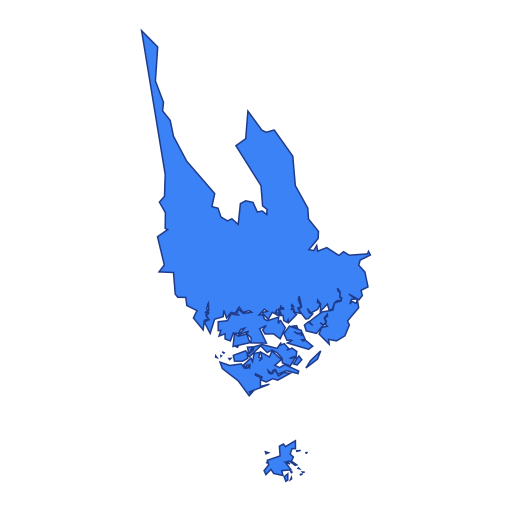 the district of David, Chiriquí, Panama
{"feature_id": "35544464B4717226524239", "entity_name": "David", "entity_type": "district", "adm_level": 2, "iso_a3": "PAN", "parent_name": "Panama", "parent_adm1": "Chiriquí", "projection": "mercator", "projection_center": [-82.37, 8.424], "detail": "fine", "context": "isolated", "style": "filled", "palette": "blue", "viewbox_px": 512, "rotation_deg": 0, "n_neighbors": 0, "source": "geoboundaries", "source_scale": "gbopen_adm2", "svg_char_len": 6154}
<svg xmlns="http://www.w3.org/2000/svg" viewBox="0 0 512 512"><path d="M193.4,318.0L203.2,329.9L204.2,320.9L205.3,319.8L208.5,319.8L205.8,315.2L206.5,314.3L207.9,313.9L208.4,312.8L206.0,312.7L205.5,312.3L208.5,310.5L206.8,309.3L206.6,308.4L206.8,307.5L207.8,306.4L207.5,304.8L208.4,303.2L208.6,310.6L205.8,312.4L208.0,312.2L208.6,312.9L208.1,314.0L206.1,315.3L209.1,319.6L204.3,322.1L210.2,333.4L214.6,319.2L223.2,316.7L223.8,310.4L226.6,318.1L231.0,312.4L235.2,313.1L239.2,307.1L242.9,312.4L248.5,310.7L251.2,311.7L251.8,312.3L243.2,313.4L238.2,308.9L236.6,314.5L239.5,315.2L230.9,314.0L227.5,320.7L218.2,321.7L218.2,330.6L220.9,330.4L219.0,336.1L225.0,333.8L225.1,339.0L230.4,340.9L233.3,332.9L238.3,333.5L240.8,329.3L244.6,328.2L239.0,334.5L248.8,331.2L246.4,333.1L251.2,337.9L250.9,342.9L266.4,343.1L259.6,328.8L266.3,325.5L262.6,330.0L265.1,334.0L273.6,333.9L280.2,338.8L285.3,327.7L280.6,320.5L279.2,321.2L278.8,322.9L278.2,322.9L278.7,317.1L267.4,320.7L264.5,319.2L262.8,314.8L259.0,315.0L264.3,309.2L267.4,311.4L261.8,312.6L268.2,319.3L272.3,312.3L277.7,315.2L275.1,313.1L277.3,309.1L275.4,313.1L280.3,313.0L278.8,310.6L279.0,308.9L283.4,308.8L282.8,307.8L281.6,308.8L280.5,307.9L280.9,305.2L280.7,307.9L283.0,307.7L283.6,309.0L279.1,309.3L280.6,312.8L278.4,314.9L282.0,314.2L279.9,315.5L283.1,315.6L283.7,320.5L287.2,322.5L288.1,319.9L288.7,322.6L296.6,314.5L293.7,312.0L293.6,309.3L291.9,309.6L291.3,309.2L293.4,306.6L291.7,306.3L291.5,305.5L291.9,304.6L293.6,306.6L291.8,309.1L294.0,309.2L294.2,312.0L300.5,313.4L297.7,308.1L301.3,306.5L299.3,302.6L298.4,299.3L299.2,296.1L301.6,306.6L298.8,309.9L305.8,319.1L308.5,318.5L312.7,314.0L309.3,312.8L307.3,308.5L310.9,313.0L317.6,309.4L320.4,304.0L317.4,302.3L317.7,300.1L320.6,304.0L320.3,311.4L327.4,304.1L329.1,310.1L332.4,309.2L334.6,302.5L337.7,300.5L340.8,300.7L341.3,298.3L339.8,297.3L339.9,292.3L338.0,291.0L337.5,288.0L340.2,292.2L339.9,296.6L341.6,297.8L341.2,300.9L334.6,302.9L332.8,310.2L322.1,311.9L309.1,321.8L312.8,325.4L308.2,322.0L304.4,325.1L306.2,330.9L316.4,333.4L323.4,325.0L320.0,322.7L324.0,324.9L326.0,321.9L324.3,318.5L325.2,316.4L327.2,315.7L326.8,314.7L327.3,314.1L327.6,315.9L324.6,318.7L326.4,321.0L325.5,324.5L327.3,326.3L321.7,327.4L319.0,334.0L329.2,344.2L328.6,339.4L336.5,340.9L344.9,335.8L349.4,325.0L347.5,321.0L358.7,307.7L357.3,299.6L356.0,303.4L352.0,301.3L349.9,304.1L351.4,299.3L355.7,299.1L348.8,294.1L359.0,299.8L362.3,295.6L361.1,290.3L368.0,286.9L364.9,272.0L358.7,265.2L360.2,260.1L370.4,255.0L368.5,251.4L367.5,253.9L349.2,255.2L343.5,251.7L338.9,255.5L326.8,247.6L317.6,251.2L316.7,245.5L313.8,250.6L308.8,249.7L318.1,238.6L318.5,231.5L308.5,219.0L307.8,208.2L295.3,185.6L292.8,156.2L274.2,130.0L266.2,132.3L261.8,130.1L247.9,111.1L245.7,138.7L235.9,145.7L261.0,185.7L262.6,205.9L267.0,209.3L266.8,214.5L262.1,211.0L257.3,212.0L253.0,202.4L245.7,200.8L240.4,203.6L238.2,224.4L231.9,218.8L227.5,220.9L220.9,216.9L218.0,208.2L211.9,206.6L214.7,193.6L186.7,161.2L173.5,136.3L170.2,120.4L162.6,110.9L163.5,102.4L155.4,81.0L157.7,47.0L141.6,30.7L165.2,174.5L164.5,196.2L159.4,202.1L165.4,212.7L165.2,228.4L167.7,229.6L157.5,236.7L164.3,264.9L159.0,271.9L173.5,272.5L175.2,294.0L177.8,297.3L185.8,297.4L186.8,305.5L197.0,310.6L193.4,318.0ZM249.2,395.8L253.9,390.4L250.2,393.3L249.4,391.9L269.4,384.2L260.5,386.4L260.4,377.5L255.3,375.2L255.5,373.8L262.1,377.0L260.7,379.8L266.2,382.0L272.7,378.7L277.7,380.2L290.0,373.4L283.8,372.5L278.6,376.0L275.2,370.5L274.1,370.7L272.7,373.4L271.2,374.0L268.8,373.0L268.0,370.5L271.6,373.5L273.1,370.3L275.4,369.5L277.7,374.2L286.6,370.7L298.0,373.6L298.7,371.1L284.9,364.6L279.6,367.6L274.8,365.3L281.4,359.6L272.0,351.1L269.5,357.0L260.8,352.1L261.9,358.6L259.1,361.1L261.6,358.5L258.8,357.2L259.9,352.3L254.1,353.5L252.5,361.5L250.9,358.1L243.1,365.3L246.8,367.9L246.6,365.3L249.7,364.7L250.1,365.6L249.4,367.9L250.0,368.9L249.1,367.6L249.5,365.6L247.2,368.2L244.2,368.1L241.3,363.9L229.9,365.5L220.0,362.1L222.4,368.6L238.2,380.8L249.2,395.8ZM290.1,366.0L295.2,357.9L294.3,356.8L291.7,358.4L290.5,358.1L294.5,356.4L295.9,358.2L296.8,351.5L292.0,348.1L286.7,350.3L288.9,348.8L284.2,343.7L280.1,345.3L281.1,342.5L277.1,348.4L262.1,344.5L253.9,346.8L253.1,350.2L249.4,353.4L247.4,353.1L245.6,350.8L233.3,355.4L234.5,361.2L242.6,361.2L247.8,358.3L247.2,354.1L249.4,356.9L260.7,345.8L267.1,352.5L271.9,350.1L276.9,352.6L282.1,358.3L282.4,362.9L290.1,366.0ZM283.0,475.5L281.7,470.7L291.0,469.8L285.4,462.4L290.0,464.0L287.2,461.6L289.5,461.1L295.2,465.4L296.8,464.9L291.4,461.2L293.4,457.0L290.2,454.1L292.0,448.6L295.5,448.7L295.4,440.7L285.5,446.6L283.4,444.0L279.4,446.2L280.1,455.9L267.3,460.3L268.7,464.9L264.1,470.6L265.9,474.6L271.0,469.4L273.7,473.5L283.0,475.5ZM308.6,349.3L312.7,346.2L305.5,340.3L303.0,341.0L301.7,339.8L305.2,339.6L302.8,334.0L301.0,336.0L302.1,333.8L297.8,334.0L294.1,331.6L298.0,333.7L302.1,332.8L301.2,330.3L289.4,326.1L283.9,333.6L287.0,340.3L290.4,340.0L291.9,340.5L287.4,343.0L308.6,349.3ZM233.0,346.5L249.9,342.7L246.7,334.0L238.3,336.2L234.5,333.5L233.0,346.5ZM305.9,368.0L317.5,359.1L320.7,350.9L310.3,360.9L305.9,368.0ZM297.1,365.0L301.8,359.7L298.9,355.9L293.4,363.9L297.1,365.0ZM248.7,353.1L250.8,351.9L250.9,350.1L252.4,346.9L247.4,347.2L248.7,353.1ZM285.9,481.3L287.8,480.0L287.8,473.8L284.2,476.9L285.9,481.3ZM297.5,328.0L296.6,325.7L292.9,326.1L294.7,327.7L297.5,328.0ZM234.9,346.1L237.5,347.3L238.0,346.6L236.8,346.0L234.9,346.1ZM266.0,453.8L268.5,452.7L265.4,451.8L266.0,453.8ZM251.1,350.1L253.1,349.7L252.6,347.9L251.1,350.1ZM296.9,451.4L300.7,450.4L296.7,450.8L296.9,451.4ZM229.7,359.6L230.9,358.4L228.9,358.5L229.7,359.6ZM222.2,351.8L223.8,353.2L224.2,352.8L222.2,351.8ZM266.0,462.5L267.2,462.9L267.3,462.5L266.0,462.5ZM300.7,474.9L302.6,473.9L300.4,474.4L300.7,474.9ZM290.4,479.7L291.6,478.9L291.4,477.5L290.4,479.7ZM306.5,453.2L306.9,452.6L305.3,452.6L306.5,453.2ZM215.6,357.2L217.0,357.6L215.7,355.9L215.6,357.2ZM220.9,355.6L221.0,356.4L221.5,355.9L220.9,355.6ZM291.3,472.7L292.0,472.1L290.7,471.4L291.3,472.7ZM302.9,472.5L304.7,472.1L302.4,472.0L302.9,472.5ZM298.0,468.4L299.4,468.8L298.5,467.8L298.0,468.4Z" fill="#3b82f6" stroke="#1e3a8a" stroke-width="1.5"/></svg>